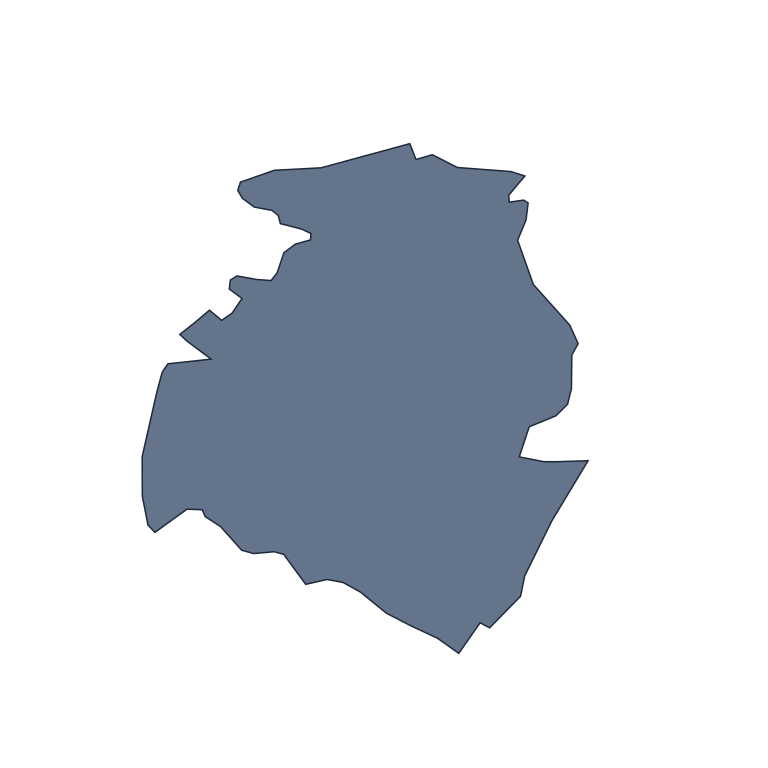 outline of Yerevan, Erevan, Armenia, rotated 214°
{"feature_id": "60910142B26577174907162", "entity_name": "Yerevan", "entity_type": "district", "adm_level": 2, "iso_a3": "ARM", "parent_name": "Armenia", "parent_adm1": "Erevan", "projection": "albers", "projection_center": [44.528, 40.164], "detail": "fine", "context": "isolated", "style": "filled", "palette": "slate", "viewbox_px": 768, "rotation_deg": 214, "n_neighbors": 0, "source": "geoboundaries", "source_scale": "gbopen_adm2", "svg_char_len": 1167}
<svg xmlns="http://www.w3.org/2000/svg" viewBox="0 0 768 768"><g transform="rotate(214 384 384)"><path d="M171.4,202.5L170.8,239.8L160.1,240.9L152.1,284.4L160.0,303.5L168.3,364.2L171.9,434.5L197.6,416.0L208.0,409.0L231.1,399.2L239.7,429.8L223.7,453.7L220.5,469.9L226.0,485.0L244.5,513.0L245.6,526.0L262.9,536.7L315.8,550.0L353.6,577.9L358.0,599.5L365.7,614.6L371.0,614.6L381.8,604.8L386.1,610.2L385.1,621.0L383.5,635.2L397.6,631.1L444.3,604.5L472.2,601.1L483.0,588.0L497.0,597.7L557.0,528.1L594.5,499.8L615.9,471.1L613.5,462.7L605.5,458.8L590.5,458.1L573.9,465.3L565.9,464.6L559.6,459.0L539.0,466.3L528.7,467.9L525.5,462.4L535.7,450.4L540.4,436.8L534.7,416.2L535.5,406.6L548.1,399.4L566.3,391.4L569.5,384.2L565.4,376.2L549.6,375.5L549.5,358.0L554.2,346.0L570.0,347.6L574.7,330.8L581.0,310.9L571.4,309.4L541.3,307.9L574.5,279.9L574.4,269.6L567.9,250.5L543.9,188.6L521.5,155.7L500.8,135.1L492.9,133.3L491.0,132.8L477.3,170.1L464.4,178.1L458.1,174.1L439.9,174.4L409.0,166.6L397.1,170.6L381.3,183.5L371.9,186.7L336.9,174.1L321.9,190.1L306.9,196.6L287.1,198.3L253.8,195.3L226.1,198.6L197.5,203.1L171.4,202.5Z" fill="#64748b" stroke="#1e293b" stroke-width="1.5"/></g></svg>